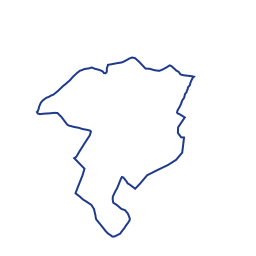 Botkyrka, Stockholm, Sweden (Robinson projection), rotated 320°
{"feature_id": "70781695B67027071836241", "entity_name": "Botkyrka", "entity_type": "district", "adm_level": 2, "iso_a3": "SWE", "parent_name": "Sweden", "parent_adm1": "Stockholm", "projection": "robinson", "projection_center": [17.824, 59.162], "detail": "fine", "context": "isolated", "style": "outline", "palette": "blue", "viewbox_px": 256, "rotation_deg": 320, "n_neighbors": 0, "source": "geoboundaries", "source_scale": "gbopen_adm2", "svg_char_len": 2109}
<svg xmlns="http://www.w3.org/2000/svg" viewBox="0 0 256 256"><g transform="rotate(320 128 128)"><path d="M45.8,144.3L47.1,150.0L47.2,151.4L47.6,154.0L48.7,157.2L50.5,163.4L49.8,168.4L48.6,170.6L47.0,173.8L45.5,176.2L44.9,177.8L44.8,186.2L44.6,192.9L44.9,196.3L45.8,199.0L46.2,201.1L47.8,202.4L50.7,203.1L54.0,203.9L58.4,202.8L61.2,202.3L63.4,201.5L66.9,200.7L69.8,199.8L71.2,198.5L72.1,196.0L72.9,193.4L72.9,189.0L70.9,185.7L70.2,181.0L69.7,179.0L68.7,175.8L69.3,174.6L70.5,172.7L72.2,170.9L74.6,169.7L77.5,168.4L80.8,167.2L84.5,165.3L87.7,163.5L90.1,162.3L91.8,161.6L92.6,162.8L92.6,165.0L92.5,168.2L92.1,170.1L93.0,172.6L94.4,179.1L101.3,178.4L112.3,176.5L123.0,179.0L134.7,182.0L144.5,183.3L153.7,181.7L159.4,176.4L164.8,171.3L162.7,169.2L163.1,163.8L166.8,159.7L178.3,156.4L176.4,150.6L175.8,149.5L175.4,148.6L175.5,147.7L177.2,146.4L178.9,145.8L181.1,145.0L182.2,144.5L184.2,143.6L185.0,143.1L186.6,142.1L188.4,141.4L190.2,141.0L191.3,140.3L192.6,139.3L193.9,138.5L195.7,138.3L197.1,137.3L198.9,136.5L200.0,135.4L201.1,135.3L203.1,134.9L203.7,134.4L204.7,133.6L206.3,132.7L207.4,132.2L209.7,131.2L211.4,131.1L210.2,129.4L207.0,126.0L204.3,123.1L202.7,120.8L202.9,117.6L201.9,114.9L201.6,112.0L201.1,108.6L200.2,106.8L196.8,106.4L191.9,105.4L188.7,104.3L185.8,101.2L183.9,98.5L182.8,96.7L179.6,93.7L179.4,90.3L179.1,84.5L178.3,79.0L176.4,76.6L173.5,75.6L168.6,74.7L165.4,73.8L160.6,70.9L154.5,67.5L153.2,66.7L152.2,67.5L150.3,68.6L149.3,69.6L148.7,70.5L147.6,71.4L146.0,71.6L144.8,70.4L145.0,68.3L144.0,66.2L142.5,63.8L140.7,61.4L139.1,58.3L136.7,57.4L134.8,56.2L132.3,54.7L130.3,54.2L127.9,53.2L123.6,53.1L118.6,53.4L114.1,54.1L109.6,54.2L105.2,54.1L101.0,54.4L97.8,54.6L92.3,54.5L90.0,53.7L87.0,53.2L85.1,52.4L80.6,52.1L77.8,52.5L75.6,53.5L73.4,54.7L71.4,56.2L69.5,57.2L68.5,57.2L68.2,58.8L69.4,60.8L72.7,62.9L77.8,66.7L81.4,69.1L83.6,71.2L84.1,76.7L83.6,86.4L84.3,88.2L87.5,92.7L90.5,96.3L92.5,99.6L95.4,103.0L97.3,105.7L97.3,106.9L93.9,109.1L89.6,110.4L84.6,111.9L75.0,115.0L69.7,116.9L67.4,116.5L68.5,131.2L62.8,135.0L50.9,141.4L45.8,144.3Z" fill="none" stroke="#1e3a8a" stroke-width="2"/></g></svg>